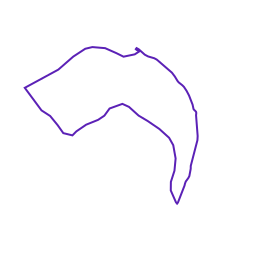 an SVG outline of Benghazi, rotated 150°
{"feature_id": "LBY-2984", "entity_name": "Benghazi", "entity_type": "Municipality", "adm_level": 1, "iso_a3": "LBY", "parent_name": "Libya", "parent_adm1": "", "projection": "orthographic", "projection_center": [20.37, 31.785], "detail": "fine", "context": "isolated", "style": "outline", "palette": "violet", "viewbox_px": 256, "rotation_deg": 150, "n_neighbors": 0, "source": "natural_earth", "source_scale": "10m", "svg_char_len": 951}
<svg xmlns="http://www.w3.org/2000/svg" viewBox="0 0 256 256"><g transform="rotate(150 128 128)"><path d="M80.6,192.9L79.3,190.7L76.8,183.1L74.8,179.9L70.4,175.3L68.9,172.9L62.3,154.0L61.7,149.2L61.6,144.1L61.3,142.2L59.6,137.9L59.0,135.7L58.7,130.9L58.9,125.6L60.4,115.9L61.8,111.6L61.6,110.4L61.2,109.2L61.0,107.9L61.4,106.8L62.7,105.0L71.7,86.2L74.0,82.7L92.6,63.8L94.1,61.3L98.9,55.7L100.8,54.5L104.7,52.8L106.5,51.3L107.8,49.9L122.0,38.5L123.3,38.0L123.6,39.7L123.6,39.8L122.2,52.5L117.8,59.9L109.1,67.8L102.0,77.8L97.4,90.5L97.3,99.0L101.3,111.4L107.5,124.3L112.6,133.4L116.6,145.8L120.8,151.7L134.2,154.1L142.3,150.5L149.8,150.0L162.6,151.8L174.4,150.9L179.8,149.4L186.6,155.9L187.5,165.6L189.4,177.3L194.1,186.5L197.3,214.4L159.2,213.4L139.7,217.2L125.4,218.0L118.4,215.9L107.9,208.6L100.6,198.6L96.2,192.0L85.3,188.4L79.8,188.7L80.0,189.7L81.2,190.9L81.5,191.4L81.8,192.4L80.6,192.9Z" fill="none" stroke="#5b21b6" stroke-width="2"/></g></svg>